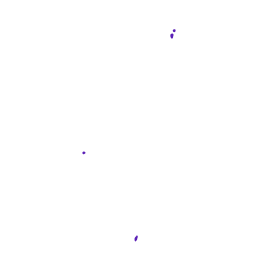 outline of Sonsorol + Pulo Anna + Merir, Palau, rotated 15°
{"feature_id": "81905179B53327233030313", "entity_name": "Sonsorol + Pulo Anna + Merir", "entity_type": "district", "adm_level": 2, "iso_a3": "PLW", "parent_name": "Palau", "parent_adm1": "", "projection": "orthographic", "projection_center": [132.184, 4.83], "detail": "fine", "context": "isolated", "style": "filled", "palette": "violet", "viewbox_px": 256, "rotation_deg": 15, "n_neighbors": 0, "source": "geoboundaries", "source_scale": "gbopen_adm2", "svg_char_len": 1269}
<svg xmlns="http://www.w3.org/2000/svg" viewBox="0 0 256 256"><g transform="rotate(15 128 128)"><path d="M146.2,26.2L146.1,26.3L145.9,26.4L145.7,26.5L145.6,26.8L145.7,27.1L145.7,27.4L145.7,27.6L145.7,27.8L145.8,27.9L145.9,28.1L146.0,28.4L146.3,28.8L146.5,29.1L146.7,29.3L146.9,29.5L147.0,29.5L147.2,29.4L147.2,29.2L147.3,28.9L147.2,28.2L147.2,27.4L147.2,27.0L147.2,26.8L147.2,26.7L147.1,26.3L146.9,26.1L146.7,26.0L146.3,26.1L146.2,26.2ZM164.7,230.5L164.6,230.8L164.5,231.0L164.4,231.2L164.0,231.6L164.0,231.8L163.9,232.0L163.7,232.6L163.7,232.8L163.7,233.0L163.8,233.2L163.8,233.6L164.0,233.8L164.1,234.3L164.2,234.6L164.3,234.7L164.7,234.1L164.8,233.6L164.9,233.4L164.9,233.1L164.9,232.6L164.8,232.4L164.8,232.1L164.8,231.7L164.9,231.4L164.9,231.0L164.9,230.7L164.7,230.5L164.7,230.5ZM147.6,22.7L147.8,22.7L148.0,22.5L148.0,22.4L148.0,22.1L148.0,21.8L147.9,21.6L147.9,21.4L147.6,21.3L147.4,21.3L147.1,21.5L146.8,21.8L146.8,22.1L146.8,22.3L147.1,22.6L147.4,22.7L147.5,22.7L147.6,22.7ZM91.1,163.4L91.1,163.5L91.2,163.8L91.3,164.0L91.5,164.1L91.8,164.1L92.0,163.8L92.3,163.6L92.5,163.4L92.6,163.2L92.4,163.0L92.3,162.9L92.2,162.9L91.9,162.9L91.7,162.9L91.6,163.0L91.4,163.0L91.2,163.2L91.2,163.3L91.1,163.4Z" fill="#8b5cf6" stroke="#5b21b6" stroke-width="1.5"/></g></svg>